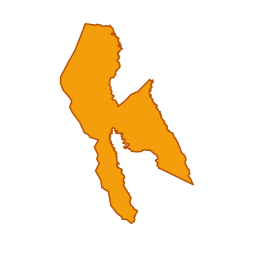 Santa Rosa do Purus, Acre, Brazil (Natural Earth projection), rotated 296°
{"feature_id": "56859067B63738463512329", "entity_name": "Santa Rosa do Purus", "entity_type": "district", "adm_level": 2, "iso_a3": "BRA", "parent_name": "Brazil", "parent_adm1": "Acre", "projection": "natural_earth1", "projection_center": [-70.414, -9.518], "detail": "fine", "context": "isolated", "style": "filled", "palette": "amber", "viewbox_px": 256, "rotation_deg": 296, "n_neighbors": 0, "source": "geoboundaries", "source_scale": "gbopen_adm2", "svg_char_len": 5943}
<svg xmlns="http://www.w3.org/2000/svg" viewBox="0 0 256 256"><g transform="rotate(296 128 128)"><path d="M46.9,174.4L49.0,174.0L50.2,172.7L51.2,173.1L52.5,172.5L53.8,173.0L54.2,172.7L56.4,172.8L56.9,173.1L57.5,172.8L57.8,172.0L57.7,170.8L58.0,168.7L58.5,168.6L60.2,164.0L62.0,162.7L62.8,161.6L64.7,161.8L65.5,161.4L66.4,161.5L69.3,157.3L69.8,157.1L70.0,155.7L70.5,155.4L71.3,153.6L71.8,153.6L72.2,152.4L72.6,152.1L72.8,151.6L73.2,151.4L73.6,150.0L75.0,149.3L75.6,148.5L76.1,148.4L76.5,148.7L77.4,148.7L77.8,148.2L78.0,146.8L78.5,147.2L78.9,146.8L80.4,146.6L80.9,146.2L81.9,146.7L83.2,145.7L83.7,144.8L83.5,144.3L84.3,143.5L84.3,142.3L85.1,141.7L85.7,141.8L85.9,141.3L86.7,141.2L86.7,140.5L87.9,140.8L88.3,139.7L88.0,137.1L88.4,137.0L88.3,136.6L89.0,135.5L88.4,135.5L89.1,134.4L89.5,134.5L90.4,134.0L91.4,135.1L91.5,135.6L92.5,134.7L92.3,134.3L92.4,133.9L92.2,133.7L93.0,133.3L93.7,132.2L96.2,131.1L96.3,130.6L97.4,130.0L97.7,130.3L99.9,128.2L100.2,128.8L101.3,126.9L101.5,127.2L101.8,126.8L101.7,125.3L102.7,124.6L103.5,125.2L103.7,124.5L104.2,124.2L103.6,123.3L104.1,123.0L104.2,122.4L105.1,121.9L105.4,120.8L106.2,121.5L106.2,120.8L106.7,120.2L106.8,118.8L108.4,119.2L108.7,118.8L108.7,117.0L108.9,116.5L109.5,116.4L110.0,116.9L111.8,115.7L112.2,116.0L112.2,115.2L113.3,114.8L113.7,115.3L114.3,115.1L114.8,115.3L115.4,114.4L116.3,115.2L116.3,115.8L117.8,114.4L117.9,114.8L117.7,115.4L118.1,115.4L118.6,115.1L118.6,114.6L119.7,114.0L120.3,113.7L120.7,113.8L120.8,114.2L121.5,114.0L121.9,115.4L121.6,116.5L119.9,117.2L119.7,117.5L120.6,119.5L120.3,120.0L119.3,119.9L119.2,119.1L118.6,118.9L118.2,119.2L118.6,121.4L120.8,124.3L120.7,125.7L120.4,126.1L120.0,125.8L119.5,124.2L118.6,126.0L118.0,126.0L117.6,125.6L117.3,126.0L117.2,127.5L116.7,127.6L115.8,127.2L115.4,127.4L115.2,128.9L116.3,129.8L116.2,130.4L115.9,130.8L114.9,131.1L113.7,130.9L112.9,129.8L112.4,129.9L112.1,130.2L113.0,131.2L112.4,132.8L112.3,133.3L112.6,133.7L113.9,134.1L114.2,135.7L113.4,136.5L112.5,136.1L111.7,135.0L111.2,134.8L110.3,135.4L109.8,135.2L109.7,134.6L110.2,133.6L109.9,132.8L109.4,132.5L108.7,133.1L108.3,134.2L108.3,134.7L108.9,134.9L110.1,136.3L109.9,137.8L109.6,138.2L110.1,138.4L109.8,139.8L109.4,140.5L108.6,141.2L110.4,146.4L111.5,147.8L111.6,148.5L112.6,150.1L113.1,150.5L114.2,150.5L114.8,151.7L115.7,152.4L117.1,156.7L117.8,157.5L117.5,157.9L117.7,158.8L117.0,160.1L116.9,161.9L116.2,162.8L116.5,164.9L115.3,166.5L115.3,167.0L114.1,168.2L113.3,168.5L111.5,167.0L111.0,167.0L110.4,167.6L110.1,168.9L109.4,170.7L108.2,170.3L107.3,170.4L106.7,171.1L106.3,172.7L105.3,173.4L105.6,175.0L105.7,212.0L106.6,210.0L107.2,209.1L108.0,208.8L108.9,207.8L109.4,206.7L110.1,206.0L110.8,204.2L111.6,203.3L112.5,203.1L114.1,203.6L116.0,201.6L117.1,201.4L118.5,198.1L119.7,197.3L120.9,195.0L123.0,194.0L124.5,194.2L126.2,193.0L128.2,190.9L128.7,189.5L129.0,188.0L129.8,186.4L130.3,186.0L130.5,185.4L132.3,184.2L132.9,183.2L133.8,182.4L134.3,181.4L136.3,179.6L136.4,179.2L137.0,178.6L137.2,178.0L139.1,175.8L139.2,175.0L139.9,174.3L140.0,173.7L141.8,171.8L142.7,171.2L142.9,170.7L142.9,167.5L143.2,166.4L143.6,166.2L143.4,165.7L143.7,165.3L143.6,164.4L146.5,162.1L146.8,162.5L147.4,161.4L147.4,160.1L147.8,160.0L148.3,159.2L148.0,158.8L148.4,158.3L148.9,158.4L149.6,157.8L150.0,157.8L149.9,157.2L152.1,153.0L153.5,152.7L153.7,152.2L154.0,152.4L154.3,151.9L154.2,151.2L154.6,150.9L155.1,151.0L155.2,150.4L155.7,150.2L156.1,149.6L156.6,149.6L156.2,148.6L157.7,147.1L157.9,145.8L158.7,145.1L158.9,144.5L159.1,145.0L159.9,144.3L161.0,144.4L160.8,143.3L161.5,143.0L161.6,142.4L161.6,141.9L161.1,141.5L161.1,140.9L161.9,140.6L162.3,139.3L162.7,139.1L162.8,138.4L163.2,138.0L164.3,138.1L164.7,136.7L165.1,136.3L165.0,135.7L166.2,133.9L166.8,133.8L167.1,134.3L166.9,134.7L167.4,134.6L168.0,133.4L168.0,132.7L168.3,131.9L169.7,131.3L170.1,131.7L171.1,132.2L171.4,131.6L171.0,131.2L171.5,130.8L172.3,131.5L172.5,130.7L173.7,131.2L174.1,131.0L174.7,131.6L175.7,131.4L175.7,130.4L177.0,129.4L177.5,129.2L177.8,130.0L178.3,130.0L179.4,129.4L179.9,129.4L180.1,129.9L180.5,129.6L180.7,130.3L181.7,129.2L180.7,128.9L180.6,128.5L180.9,127.6L180.8,127.0L181.0,126.2L165.6,121.1L159.2,116.0L150.6,113.3L143.1,109.6L144.8,108.5L145.3,107.0L146.9,105.7L147.4,104.9L147.5,104.4L147.0,102.8L147.0,101.2L147.4,100.8L148.4,100.8L150.1,101.5L150.7,101.3L150.9,100.7L151.1,98.3L152.2,97.5L153.6,97.7L155.2,95.5L156.6,95.0L157.6,94.1L158.4,92.5L160.6,91.9L161.3,91.1L164.3,90.8L164.8,90.4L166.1,91.1L166.9,93.0L169.1,92.9L170.4,93.7L172.3,92.5L173.9,92.6L174.2,92.2L174.4,92.6L174.8,92.5L175.0,92.9L176.1,93.0L177.6,93.6L179.2,93.9L179.5,93.5L180.4,93.6L181.3,92.8L181.1,92.4L181.9,92.3L182.8,91.6L183.1,90.4L183.5,90.0L183.5,89.4L184.0,89.1L184.0,88.6L185.1,88.5L185.7,89.3L187.4,89.6L188.3,88.7L188.1,88.2L188.9,88.2L189.0,87.7L189.4,87.6L189.6,86.9L190.0,86.7L189.6,86.4L191.2,85.6L191.3,86.1L192.1,86.7L192.5,86.5L193.5,87.0L194.6,86.6L195.5,87.1L195.6,87.5L196.2,87.2L196.7,87.4L196.8,87.8L197.1,87.2L196.9,86.4L197.3,85.1L199.0,85.9L199.1,85.2L197.5,84.6L197.3,84.0L197.5,83.1L197.8,82.8L198.3,83.1L198.9,84.0L199.9,83.2L200.1,83.8L200.7,84.0L200.9,81.7L201.3,81.3L201.8,81.6L202.2,81.5L202.9,80.4L203.3,80.3L204.3,80.7L204.9,78.6L204.2,77.9L205.3,77.2L205.7,76.6L205.3,75.8L205.4,75.3L206.8,75.5L207.2,75.2L207.4,74.2L207.3,73.7L208.8,72.7L210.7,70.8L211.2,69.7L211.3,68.5L212.4,67.0L211.6,66.2L210.4,65.5L210.2,63.0L208.9,62.0L208.3,60.2L208.6,58.1L207.9,56.5L208.0,55.7L207.6,54.7L206.0,53.8L205.9,52.6L203.0,44.0L174.0,46.4L160.6,45.5L144.5,45.0L138.5,47.8L133.7,53.1L129.3,63.1L127.3,65.8L121.3,66.4L117.6,71.1L111.8,82.3L104.7,90.9L104.5,96.3L103.1,97.3L104.2,106.8L96.2,106.1L90.9,112.7L86.3,113.6L83.6,117.6L75.3,117.6L69.2,126.5L63.0,130.7L62.3,138.2L50.9,146.6L46.5,155.4L45.3,161.3L43.6,162.9L45.2,167.1L43.8,172.7L46.9,174.4ZM206.7,73.4L206.2,73.7L205.3,73.7L204.8,72.5L205.1,72.0L206.0,71.8L206.3,72.1L206.7,73.4Z" fill="#f59e0b" stroke="#b45309" stroke-width="1.5"/></g></svg>